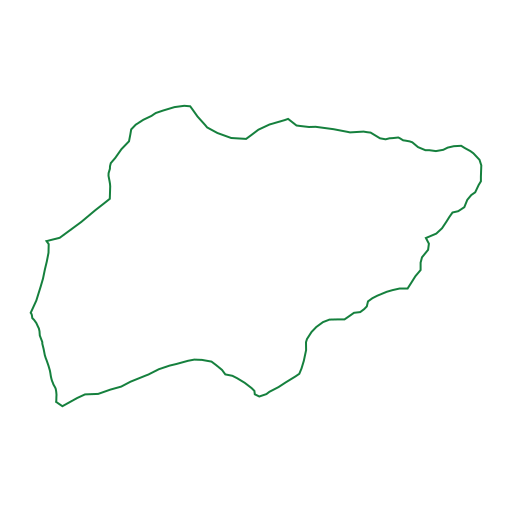 the district of Shengabjimi, Punakha, Bhutan
{"feature_id": "84629894B92148036486457", "entity_name": "Shengabjimi", "entity_type": "district", "adm_level": 2, "iso_a3": "BTN", "parent_name": "Bhutan", "parent_adm1": "Punakha", "projection": "albers", "projection_center": [89.954, 27.607], "detail": "fine", "context": "isolated", "style": "outline", "palette": "green", "viewbox_px": 512, "rotation_deg": 0, "n_neighbors": 0, "source": "geoboundaries", "source_scale": "gbopen_adm2", "svg_char_len": 2464}
<svg xmlns="http://www.w3.org/2000/svg" viewBox="0 0 512 512"><path d="M62.4,406.2L77.2,398.0L85.0,394.4L98.2,393.9L110.4,389.6L121.2,386.6L130.5,381.7L146.1,375.4L148.5,374.5L150.0,373.7L158.9,369.2L169.6,365.6L176.4,364.0L188.0,360.8L194.3,359.6L202.0,359.9L206.4,360.7L211.5,361.6L216.0,365.0L222.0,369.9L225.3,374.4L232.4,375.8L237.1,378.2L244.7,382.8L251.6,388.1L254.4,390.9L254.8,394.3L259.3,396.5L266.4,394.1L269.4,391.8L278.5,387.1L285.7,382.4L295.5,376.4L299.3,373.8L301.5,368.5L303.8,360.9L306.1,350.1L306.0,342.2L307.0,339.0L311.5,332.0L314.0,329.4L316.4,326.9L323.0,322.1L329.5,319.6L338.0,319.4L344.5,319.4L349.0,316.3L354.0,312.8L360.2,312.1L364.2,309.1L366.8,306.4L368.0,301.4L372.4,298.2L377.3,295.7L386.7,291.8L392.6,290.1L399.7,288.5L407.6,288.5L411.0,283.2L415.4,276.2L420.6,270.0L420.6,262.6L422.0,257.3L428.1,249.8L428.9,243.7L425.9,238.0L436.3,233.6L442.0,228.3L446.4,221.7L449.4,216.9L452.5,212.5L458.2,211.2L464.3,207.2L467.3,199.8L471.3,195.0L475.2,192.3L478.7,184.9L480.9,181.3L480.9,176.5L481.3,165.4L479.5,159.8L473.4,153.3L470.4,151.1L464.7,148.0L461.2,145.8L453.8,146.2L447.7,147.6L443.3,149.8L435.9,151.1L429.3,150.2L425.4,150.2L418.0,147.1L412.3,142.3L409.7,141.4L405.3,140.6L403.1,140.3L400.1,138.4L398.3,137.5L392.7,138.1L389.5,138.3L385.6,139.3L380.0,138.3L370.6,132.6L367.2,132.2L363.5,131.6L360.0,131.8L350.0,132.4L347.7,131.9L338.3,130.1L333.6,129.2L315.6,126.8L309.0,127.0L300.3,126.0L296.5,125.5L288.1,118.9L284.7,120.1L269.5,124.5L258.4,129.7L251.4,135.0L246.1,138.9L231.2,138.0L223.2,135.1L217.4,133.0L207.1,127.4L205.3,125.2L197.5,116.5L192.1,108.9L190.2,106.3L184.3,105.8L174.5,107.1L163.2,110.5L155.8,113.0L154.1,114.1L151.5,115.9L143.3,119.8L135.7,124.7L131.2,129.4L130.3,134.6L129.0,141.3L121.4,149.2L120.0,151.2L115.2,158.0L110.8,163.1L110.0,166.2L109.9,168.8L108.6,173.1L108.5,175.8L109.6,181.5L110.0,183.9L110.2,186.4L109.8,198.8L103.5,203.8L95.3,210.2L81.2,222.0L67.6,232.0L59.7,237.8L46.5,241.1L48.7,244.1L48.5,252.8L46.8,261.5L44.9,269.4L43.0,278.6L40.6,286.8L36.3,300.6L30.7,312.8L31.5,314.0L31.9,315.3L32.3,318.1L34.0,319.8L36.3,323.0L38.1,326.9L38.9,328.5L39.5,331.3L39.8,335.5L42.3,342.1L42.3,343.7L43.6,348.9L44.8,355.1L45.7,358.0L46.6,360.3L47.3,362.3L48.5,365.8L49.9,370.6L50.4,373.3L50.6,374.7L50.9,376.5L51.4,378.7L52.0,380.8L53.0,383.2L53.4,384.4L55.2,387.6L55.7,388.8L56.1,390.9L56.3,392.5L56.5,394.8L56.4,396.9L56.3,400.6L56.1,401.9L62.4,406.2Z" fill="none" stroke="#15803d" stroke-width="2"/></svg>